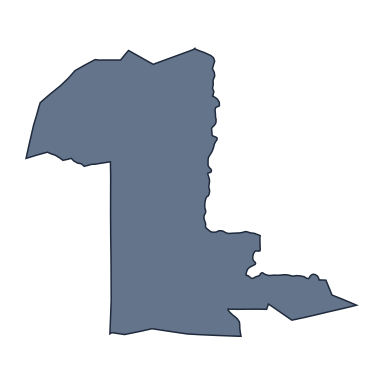 Santa Catalina La Tinta, Alta Verapaz, Guatemala, rotated 181°
{"feature_id": "79465075B69051418753494", "entity_name": "Santa Catalina La Tinta", "entity_type": "district", "adm_level": 2, "iso_a3": "GTM", "parent_name": "Guatemala", "parent_adm1": "Alta Verapaz", "projection": "orthographic", "projection_center": [-89.869, 15.251], "detail": "fine", "context": "isolated", "style": "filled", "palette": "slate", "viewbox_px": 384, "rotation_deg": 181, "n_neighbors": 0, "source": "geoboundaries", "source_scale": "gbopen_adm2", "svg_char_len": 4310}
<svg xmlns="http://www.w3.org/2000/svg" viewBox="0 0 384 384"><g transform="rotate(181 192 192)"><path d="M271.6,48.8L269.8,50.0L256.9,48.3L240.3,52.0L229.6,54.6L210.0,52.0L194.4,50.0L182.3,49.5L163.6,49.0L143.6,48.6L140.5,48.6L140.7,49.7L141.3,52.7L141.5,54.2L141.8,56.2L141.9,59.3L142.2,62.1L142.4,63.0L143.2,64.2L144.5,66.0L146.6,67.9L148.5,69.2L149.9,70.4L151.4,71.8L152.8,73.2L153.6,74.4L154.1,75.5L144.8,75.5L134.2,75.8L124.0,76.0L115.3,76.0L115.0,77.1L113.6,81.3L109.4,78.6L104.6,75.4L95.2,69.1L89.9,65.6L75.7,68.9L63.0,72.1L52.5,74.8L42.8,77.2L33.0,79.7L25.5,81.7L38.4,86.9L50.2,91.4L52.9,97.7L56.1,105.1L56.6,106.2L62.3,106.3L63.3,106.2L63.8,107.8L64.2,108.7L64.6,109.5L65.3,110.3L67.1,111.4L67.9,111.7L69.4,111.9L70.6,111.5L71.7,110.6L72.3,110.0L72.7,109.3L73.1,108.5L74.0,107.5L75.0,107.6L76.2,107.9L77.3,108.6L78.3,109.2L79.1,109.4L80.3,109.7L81.7,109.9L83.2,110.1L84.8,110.2L86.1,110.2L87.7,109.9L88.8,109.8L89.8,109.7L90.7,109.8L91.6,110.0L92.3,110.2L93.3,110.5L94.2,110.6L95.2,110.8L97.1,110.9L98.3,110.9L103.7,110.3L108.6,110.3L112.3,109.9L113.1,109.9L114.2,110.0L115.3,110.2L116.8,110.7L117.7,111.0L118.4,111.4L119.5,112.2L120.4,112.5L121.3,112.2L122.2,111.3L122.6,110.3L123.2,109.6L124.1,109.2L124.9,108.9L126.0,108.6L127.2,108.1L128.3,107.4L129.6,106.8L130.8,106.7L131.7,107.1L132.5,107.8L134.0,109.0L135.1,109.5L136.3,109.6L136.5,111.1L136.0,113.3L135.3,115.1L134.8,116.0L134.2,116.7L133.3,117.5L132.1,118.3L130.4,119.2L128.7,120.1L127.6,120.7L127.2,121.6L127.5,122.7L128.2,123.3L129.0,124.2L129.5,124.8L129.9,125.8L130.1,127.0L130.1,127.9L130.0,129.0L129.7,130.4L129.3,131.7L128.7,132.8L128.1,133.6L127.5,134.1L126.1,134.2L125.3,134.2L124.3,134.0L123.0,134.4L122.8,135.6L122.9,137.2L123.3,147.3L123.2,148.5L123.0,149.4L124.1,150.1L126.2,150.7L127.5,151.2L128.3,151.6L129.4,151.8L130.9,152.0L132.0,152.0L133.2,152.3L134.4,152.6L135.6,153.0L136.9,153.3L137.7,153.3L138.4,153.3L139.5,152.8L140.6,152.6L142.0,152.2L144.0,151.9L147.8,151.7L154.2,151.2L155.2,151.3L156.1,151.4L157.3,151.9L158.5,152.4L159.8,153.2L161.1,153.6L162.4,153.7L163.7,153.8L165.0,153.5L166.3,152.7L167.8,152.3L169.1,152.2L170.6,152.2L171.9,152.4L173.2,153.0L174.4,153.9L175.8,155.1L176.9,156.0L177.6,156.7L177.9,157.7L177.8,159.5L177.9,161.0L178.2,161.8L178.8,163.1L179.1,164.3L179.5,165.6L179.6,166.9L179.6,167.8L179.4,168.6L179.1,169.6L178.1,171.4L178.0,172.5L178.0,173.6L178.4,174.9L178.9,176.3L179.0,177.9L179.0,180.1L178.7,183.0L178.0,185.8L177.5,187.0L176.7,187.8L175.8,188.3L175.4,189.0L175.0,189.8L174.6,191.5L174.4,193.0L174.5,194.2L174.8,195.5L175.2,196.7L175.2,198.0L175.2,199.1L174.9,200.7L174.7,202.3L174.7,203.3L174.8,205.0L175.2,206.1L175.7,207.9L176.1,208.9L176.4,209.7L176.4,211.2L174.7,211.7L173.9,211.9L173.3,212.4L172.9,213.9L173.5,215.2L174.5,216.1L175.0,216.7L175.6,217.4L176.2,218.4L176.4,219.1L176.5,224.0L176.3,226.1L175.8,227.4L175.0,228.9L173.7,231.0L172.8,232.6L172.3,233.8L171.8,235.1L171.4,236.3L171.1,237.5L170.8,238.8L170.5,240.1L170.2,240.8L169.5,242.4L168.0,244.6L167.8,245.5L168.1,246.8L169.3,247.4L170.1,247.7L171.0,248.0L172.5,248.7L172.9,249.4L173.0,250.8L173.4,254.3L173.5,255.9L173.0,257.0L172.3,257.6L171.5,258.3L170.8,259.1L170.3,259.9L169.7,260.7L169.3,261.9L169.2,263.2L169.2,264.5L169.3,265.7L169.7,266.8L169.8,268.1L169.9,269.9L170.1,272.0L170.3,273.5L170.4,274.4L170.2,275.5L169.8,276.7L168.8,277.5L167.7,277.8L166.5,278.3L166.1,279.1L166.1,280.5L166.3,281.8L166.6,282.8L167.4,284.0L168.5,285.5L169.9,286.5L172.2,288.0L173.0,288.2L172.7,289.2L171.9,292.8L173.3,296.1L172.6,299.7L172.9,304.0L171.3,308.3L171.8,312.0L173.7,315.5L172.7,319.7L171.6,323.1L172.8,326.5L175.6,328.8L182.0,331.6L187.2,333.4L191.2,334.9L191.6,335.7L193.4,334.3L211.6,327.3L233.0,319.0L238.3,321.8L257.9,332.4L260.7,329.1L265.7,322.7L277.3,322.5L287.3,322.3L291.1,322.7L293.0,321.7L297.5,319.2L301.5,317.0L311.1,311.3L314.6,307.2L317.3,304.0L325.2,296.1L332.9,289.7L338.9,284.5L345.3,278.7L346.5,274.7L349.0,265.1L351.6,255.9L353.7,246.0L355.8,236.2L358.5,222.7L347.1,226.4L337.2,229.3L333.8,227.8L329.4,226.4L324.9,223.8L321.6,221.4L317.3,222.4L313.3,223.5L310.6,220.9L307.1,219.0L303.0,218.2L300.3,215.8L296.5,216.8L293.0,217.9L289.4,218.1L274.1,220.8L273.6,207.2L273.1,172.0L272.5,146.1L272.0,130.5L271.6,114.5L270.9,82.4L271.6,48.8Z" fill="#64748b" stroke="#1e293b" stroke-width="1.5"/></g></svg>